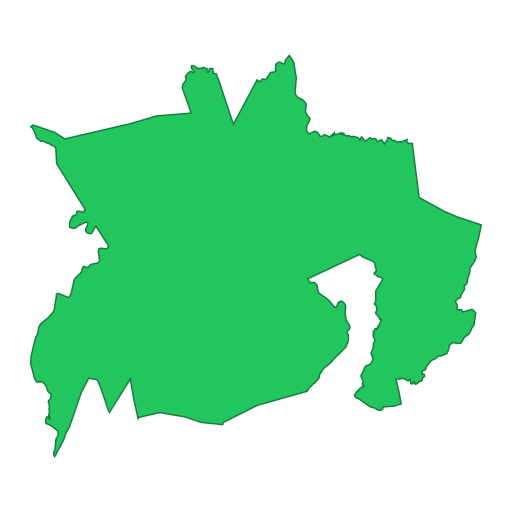 the district of Cuautepec, Guerrero, Mexico
{"feature_id": "50627088B24932390354910", "entity_name": "Cuautepec", "entity_type": "district", "adm_level": 2, "iso_a3": "MEX", "parent_name": "Mexico", "parent_adm1": "Guerrero", "projection": "equal_earth", "projection_center": [-98.954, 16.72], "detail": "fine", "context": "isolated", "style": "filled", "palette": "green", "viewbox_px": 512, "rotation_deg": 0, "n_neighbors": 0, "source": "geoboundaries", "source_scale": "gbopen_adm2", "svg_char_len": 5936}
<svg xmlns="http://www.w3.org/2000/svg" viewBox="0 0 512 512"><path d="M33.1,125.0L30.8,126.7L32.5,128.1L34.4,131.6L36.9,138.5L38.4,139.3L40.9,141.5L42.4,141.1L44.4,141.6L47.4,143.2L48.4,143.1L51.0,145.0L53.7,145.9L55.8,148.1L56.7,163.8L85.2,209.5L83.1,212.3L78.4,211.0L76.7,211.8L76.2,214.7L74.9,215.4L73.5,215.5L72.6,216.2L69.8,221.7L69.6,224.5L69.8,227.3L72.4,228.2L75.2,228.2L78.2,225.8L85.8,222.1L87.8,222.6L87.8,224.9L85.7,229.0L85.7,231.1L86.6,232.4L88.8,233.5L91.1,233.7L92.7,231.9L94.3,228.1L95.9,226.2L108.5,245.7L108.4,246.8L106.9,248.6L104.4,248.8L101.2,248.1L99.1,248.7L98.5,250.2L98.4,252.5L99.6,259.9L98.9,261.8L97.8,263.1L92.1,264.0L90.1,265.0L88.3,267.2L87.0,267.7L84.3,266.4L82.9,267.1L81.3,272.3L75.3,278.0L74.1,280.2L70.9,294.3L68.6,297.6L59.5,293.9L57.5,293.4L56.4,294.1L56.2,297.8L54.8,305.2L54.3,310.1L53.0,312.2L48.0,317.9L40.7,323.8L39.0,326.7L37.9,332.4L37.2,334.6L35.9,336.9L34.0,344.0L31.0,356.8L30.7,363.7L34.4,377.8L35.9,381.3L37.5,382.2L41.1,381.8L43.2,382.6L44.7,384.0L46.6,386.9L47.7,391.0L48.8,392.5L51.3,394.2L51.4,394.7L51.0,395.2L50.7,397.7L50.3,398.7L48.6,400.8L48.3,401.9L49.1,404.3L49.3,408.2L48.9,409.8L49.5,410.8L49.6,411.7L49.1,412.2L49.1,413.3L48.6,415.7L48.7,416.2L49.9,416.4L49.8,417.5L50.3,418.7L50.1,419.1L49.3,419.2L48.1,417.5L47.5,417.0L46.8,417.0L45.8,419.4L45.7,422.6L46.1,423.5L49.2,424.7L52.1,426.5L57.1,430.4L57.9,431.3L58.2,434.5L57.8,436.1L55.9,439.1L55.1,448.9L53.7,452.3L53.7,454.4L54.5,456.5L55.6,455.4L57.3,451.3L60.3,446.6L60.7,445.3L63.6,439.9L66.0,432.9L69.3,427.3L81.5,392.0L88.7,378.2L96.6,379.7L97.7,380.7L101.1,388.7L108.5,410.8L109.5,412.4L130.3,379.0L133.7,398.8L138.1,418.6L138.8,417.4L159.5,412.6L185.1,416.9L201.2,422.4L222.8,424.6L223.2,422.5L257.4,405.3L307.1,391.3L309.4,387.6L311.5,385.9L312.9,384.1L314.4,383.3L319.0,378.1L319.5,376.4L319.6,374.7L323.0,369.2L324.7,367.5L329.5,363.9L335.6,357.1L339.6,353.5L346.4,346.4L346.6,344.7L347.9,342.4L348.4,339.2L348.3,335.0L347.4,333.2L347.3,331.9L347.8,330.8L349.4,329.3L350.0,326.9L348.8,324.0L347.7,322.9L346.9,321.4L345.9,318.6L345.1,312.8L345.7,306.2L345.3,304.9L344.1,302.9L341.9,301.2L340.1,301.2L338.3,302.7L336.7,306.4L335.9,307.3L334.7,307.3L328.1,299.6L319.1,293.2L317.8,290.9L317.4,286.5L316.6,284.6L314.6,282.7L313.4,282.3L310.8,282.8L309.7,282.1L308.0,278.7L359.7,254.4L362.9,257.2L373.3,261.4L374.3,262.6L375.1,264.6L375.1,266.1L376.2,269.2L376.2,271.2L374.5,272.6L374.2,273.5L374.3,274.1L375.7,274.6L376.7,275.7L378.9,276.9L380.8,277.1L382.5,278.7L382.4,279.6L375.7,291.2L375.8,301.2L374.4,303.6L374.6,304.4L375.6,305.0L376.4,306.5L377.0,308.7L375.6,313.2L379.4,317.9L379.7,319.4L380.8,319.4L381.2,319.9L380.0,322.7L379.7,324.4L378.1,326.0L378.3,327.4L377.5,327.4L377.4,328.4L376.7,329.3L376.2,328.7L375.0,328.8L374.9,330.2L373.2,331.4L374.0,332.5L373.3,333.4L374.1,334.2L373.2,334.9L373.2,336.4L373.9,337.5L374.2,339.0L375.1,340.3L373.4,343.7L373.2,347.7L371.0,353.3L372.4,356.5L373.0,359.1L370.8,363.9L369.6,364.1L368.7,365.3L366.8,365.4L364.8,367.2L363.0,371.7L361.0,375.5L361.0,376.6L362.2,378.8L363.2,381.9L362.2,384.0L362.7,385.0L364.3,386.0L364.2,386.4L361.7,387.0L360.5,388.0L358.7,389.7L358.5,390.7L357.8,390.7L357.3,391.6L356.4,391.8L355.3,394.4L354.3,395.0L355.0,396.4L356.6,398.2L358.5,398.6L369.1,406.2L371.6,407.3L374.1,407.8L378.4,410.2L381.0,410.2L382.5,409.1L383.5,406.9L394.1,406.1L401.2,403.9L398.9,391.7L396.0,378.9L399.8,379.2L401.0,378.4L404.1,378.7L408.2,380.9L408.8,380.0L410.1,379.4L411.0,383.5L411.7,384.1L412.5,383.2L413.6,382.9L414.1,381.9L414.5,382.8L414.5,383.8L415.9,384.2L417.8,383.0L419.6,381.2L421.1,381.4L422.3,379.9L422.6,377.9L424.7,376.2L424.3,374.6L422.9,373.8L422.2,374.1L422.1,372.0L423.7,370.0L424.9,370.2L425.6,369.4L426.8,366.1L431.2,360.6L436.2,358.2L438.3,356.1L441.0,355.9L446.8,353.7L448.7,349.2L449.5,345.3L451.8,343.2L454.4,342.6L456.1,343.5L461.2,343.0L464.6,336.9L468.7,334.3L469.8,332.7L472.1,327.6L474.0,324.9L475.7,312.7L472.9,309.9L471.9,309.4L463.2,311.9L462.0,311.2L461.6,309.7L459.6,309.6L458.4,310.2L457.3,309.5L457.0,307.5L457.4,306.7L456.7,303.8L455.8,302.5L455.6,300.8L458.6,298.3L460.1,297.9L460.8,297.1L460.9,295.3L464.6,289.1L464.2,285.8L466.6,283.9L467.3,282.1L467.6,278.4L468.6,276.1L469.9,271.5L469.9,268.4L474.7,261.2L476.3,256.6L475.0,252.5L475.1,250.3L477.1,242.5L478.6,238.0L481.3,224.9L457.4,217.0L444.2,211.3L419.1,197.5L412.3,143.4L408.8,143.6L406.7,141.9L407.1,139.6L401.5,141.8L396.6,141.9L394.5,140.3L392.4,140.7L391.3,138.9L389.3,137.7L387.7,137.5L387.1,140.3L384.4,143.9L381.6,139.7L379.2,140.6L377.6,142.0L375.9,139.0L374.6,138.6L372.4,138.9L370.2,138.1L370.0,137.7L365.1,141.4L363.2,138.6L361.5,136.8L360.0,140.0L358.3,137.8L353.3,136.3L351.3,136.9L349.1,135.7L346.0,136.0L344.5,134.4L343.7,135.0L342.7,133.9L343.2,133.2L342.0,133.3L341.1,132.7L340.9,134.2L339.2,133.3L338.2,134.0L336.8,134.1L335.0,134.8L334.3,132.8L333.5,134.7L332.7,134.2L332.5,135.9L331.8,136.2L331.2,135.4L329.9,137.3L324.6,134.6L322.6,136.1L320.2,136.4L317.3,132.1L314.6,131.2L309.5,133.8L308.3,133.1L306.9,131.3L306.5,128.7L307.0,125.1L308.8,122.3L310.0,119.1L309.8,118.1L306.9,114.8L305.4,111.1L306.3,104.5L305.4,102.5L302.3,99.6L297.5,97.2L295.8,95.0L295.0,92.0L296.4,77.4L295.5,73.7L293.9,63.0L290.8,57.5L289.3,55.5L285.5,60.0L284.7,63.6L283.5,63.9L279.5,62.0L277.3,62.9L275.8,64.4L275.5,68.9L276.0,70.7L274.0,72.0L270.7,72.4L265.8,79.7L263.0,78.9L262.2,79.1L260.9,81.0L259.1,81.5L257.1,79.9L233.4,124.3L218.1,78.3L216.9,76.8L216.9,75.0L216.1,73.8L213.1,73.2L212.9,68.8L212.1,68.4L209.5,68.8L208.4,72.1L207.7,72.2L207.2,71.9L206.9,70.9L207.1,68.6L205.2,68.7L204.7,67.9L203.4,67.4L201.4,68.2L197.5,68.3L194.7,66.3L192.4,65.5L191.7,65.7L191.2,67.4L192.1,69.1L193.8,70.6L194.3,71.8L194.2,72.3L193.5,72.6L191.5,71.5L190.1,71.3L189.1,72.8L187.9,73.1L185.6,76.2L185.4,77.2L186.4,79.1L186.0,80.1L182.8,84.5L182.3,87.9L191.2,113.1L156.8,115.9L130.6,123.6L64.9,138.9L54.8,132.5L33.1,125.0Z" fill="#22c55e" stroke="#15803d" stroke-width="1.5"/></svg>